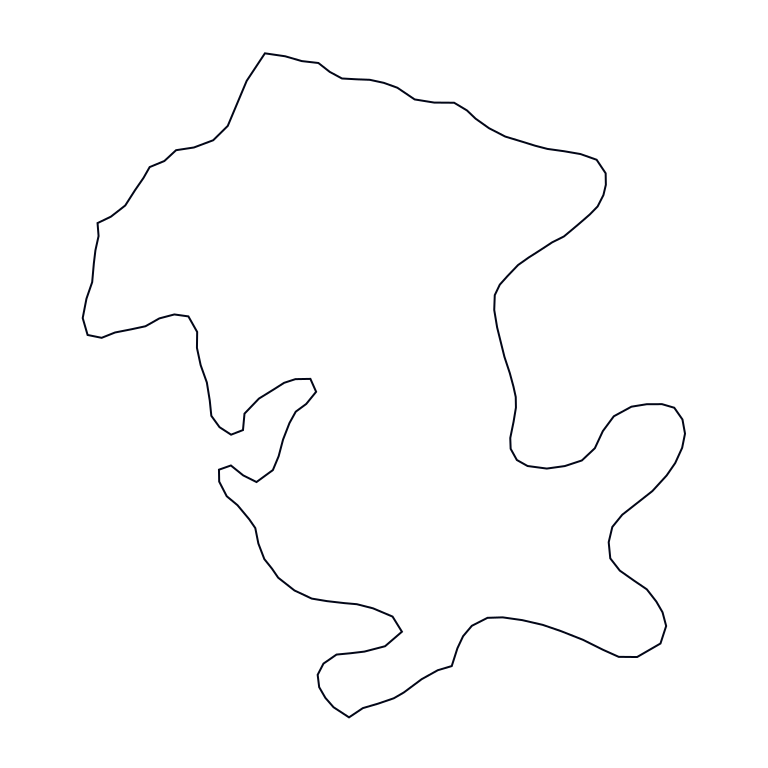 outline of Piratuba, Santa Catarina, Brazil, rotated 269°
{"feature_id": "56859067B2926669482490", "entity_name": "Piratuba", "entity_type": "district", "adm_level": 2, "iso_a3": "BRA", "parent_name": "Brazil", "parent_adm1": "Santa Catarina", "projection": "robinson", "projection_center": [-51.784, -27.46], "detail": "fine", "context": "isolated", "style": "outline", "palette": "ink", "viewbox_px": 768, "rotation_deg": 269, "n_neighbors": 0, "source": "geoboundaries", "source_scale": "gbopen_adm2", "svg_char_len": 2273}
<svg xmlns="http://www.w3.org/2000/svg" viewBox="0 0 768 768"><g transform="rotate(269 384 384)"><path d="M100.8,446.8L118.5,452.8L130.5,458.7L140.7,467.6L148.4,483.4L148.6,498.6L145.5,518.1L140.4,538.5L133.8,556.7L124.8,578.4L114.4,598.4L107.1,613.9L106.6,632.3L119.7,655.9L137.1,661.9L150.9,658.5L161.7,652.5L174.1,643.2L182.7,631.0L193.3,616.5L205.7,607.2L221.9,605.9L237.1,609.8L249.1,619.9L257.5,631.0L272.3,650.5L287.6,665.0L299.9,673.8L315.0,681.0L329.1,684.1L343.3,681.8L355.2,673.8L359.0,661.6L359.2,646.3L357.0,631.0L347.7,613.2L333.1,602.0L316.1,593.7L304.1,580.5L298.8,563.4L296.6,545.3L299.5,526.1L305.7,515.5L317.0,509.5L327.8,509.3L344.0,512.9L358.1,515.5L368.7,515.5L379.1,513.4L392.6,510.0L409.0,504.9L423.8,501.5L438.6,498.1L456.1,495.5L470.9,496.3L481.3,501.5L489.7,509.3L500.6,520.1L507.9,530.8L514.7,541.9L522.7,554.6L528.4,566.5L539.7,580.5L549.9,592.7L557.8,600.7L569.1,606.7L579.3,609.3L590.8,609.3L604.5,600.5L610.5,584.4L613.6,568.1L616.2,551.5L619.6,539.3L623.8,526.6L629.3,509.5L637.9,493.5L647.7,480.2L656.1,471.7L664.0,459.0L664.5,439.1L668.0,419.6L680.0,402.5L685.1,389.1L688.4,375.1L689.1,362.4L690.2,347.3L697.0,335.2L706.1,324.0L708.3,307.4L713.4,290.9L716.7,270.7L689.5,252.0L644.8,232.3L630.7,217.5L623.8,198.1L621.4,180.2L610.8,168.3L605.0,153.5L594.2,147.1L582.2,138.5L567.0,128.4L556.1,113.9L549.9,100.4L536.9,101.2L522.7,97.8L509.7,96.0L490.9,94.0L474.5,88.0L455.2,83.9L438.2,88.5L435.1,102.5L440.2,116.0L443.1,132.3L445.9,146.5L453.5,160.5L457.2,175.6L455.0,189.6L439.3,198.1L423.4,197.6L406.1,201.0L388.6,206.9L370.5,209.5L355.2,210.8L343.7,218.8L336.0,230.2L340.4,242.2L356.8,244.0L371.6,258.7L380.7,274.0L386.9,284.1L390.4,295.5L390.4,310.5L377.4,316.0L365.4,305.9L357.9,295.3L346.6,288.8L330.2,282.1L313.6,277.4L299.9,271.4L288.2,254.8L295.1,241.6L305.2,229.5L301.2,217.5L289.3,217.5L274.5,224.8L265.4,235.4L251.2,246.8L242.2,252.8L226.7,255.6L211.0,261.3L201.3,268.8L192.2,274.8L179.1,290.9L170.7,308.0L167.9,323.2L165.6,340.6L164.3,353.0L159.9,369.1L151.3,388.5L136.0,397.6L121.8,380.5L116.8,359.8L115.4,346.0L114.3,331.8L105.5,318.6L94.4,312.6L82.0,313.9L71.2,319.9L61.7,327.9L51.3,343.2L60.3,357.2L64.5,372.5L69.6,388.3L75.2,398.4L88.2,416.5L96.9,432.8L100.8,446.8Z" fill="none" stroke="#020617" stroke-width="2"/></g></svg>